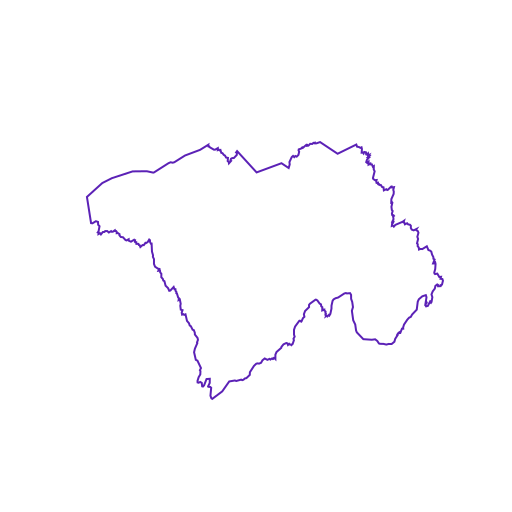 Svalbarðshreppur, Norðurland eystra, Iceland, rotated 119°
{"feature_id": "244011B84342259441214", "entity_name": "Svalbarðshreppur", "entity_type": "district", "adm_level": 2, "iso_a3": "ISL", "parent_name": "Iceland", "parent_adm1": "Norðurland eystra", "projection": "natural_earth1", "projection_center": [-15.752, 66.091], "detail": "fine", "context": "isolated", "style": "outline", "palette": "violet", "viewbox_px": 512, "rotation_deg": 119, "n_neighbors": 0, "source": "geoboundaries", "source_scale": "gbopen_adm2", "svg_char_len": 6102}
<svg xmlns="http://www.w3.org/2000/svg" viewBox="0 0 512 512"><g transform="rotate(119 256 256)"><path d="M286.3,432.5L307.2,416.2L306.7,414.9L303.2,412.9L302.8,410.7L305.2,409.2L305.8,407.3L310.6,405.7L312.0,405.8L311.8,405.0L313.2,404.4L311.7,403.4L312.3,402.1L309.3,401.6L308.4,400.2L307.3,400.0L306.3,398.2L306.8,396.1L304.5,394.8L304.8,394.1L304.2,393.0L301.9,391.9L302.5,391.3L302.0,390.4L302.4,389.5L303.6,388.9L302.9,387.9L303.1,385.9L304.1,385.5L304.9,383.5L304.1,381.4L305.3,377.9L305.2,376.9L303.1,375.5L304.3,374.8L304.1,372.3L300.9,370.5L301.2,369.9L300.9,369.4L302.3,368.8L302.5,368.3L302.0,367.4L303.4,366.5L302.4,364.7L303.2,363.7L303.0,362.9L304.2,361.5L301.4,360.5L300.9,359.4L298.1,359.1L298.1,358.5L296.4,357.5L293.4,357.4L293.6,356.4L295.0,355.6L296.2,353.9L295.8,353.3L302.6,349.1L305.3,346.4L306.7,345.8L308.2,343.7L312.4,341.4L314.3,339.1L314.6,335.5L314.2,334.4L316.2,334.2L315.2,333.0L316.8,331.8L317.4,330.2L320.5,328.5L321.2,326.4L322.4,325.2L322.4,323.9L325.8,320.7L326.7,317.4L328.5,315.0L327.8,314.2L323.0,313.0L324.6,311.2L324.1,310.4L325.7,309.2L326.1,308.1L327.2,307.6L327.2,306.9L330.0,304.0L330.3,302.9L332.1,302.3L331.0,301.5L334.3,298.7L336.2,298.1L339.4,295.8L339.0,294.0L341.6,293.5L343.1,292.2L342.1,291.4L342.3,290.3L341.2,289.4L346.2,284.9L347.3,282.0L348.9,280.3L349.0,278.9L351.2,275.7L351.0,274.4L352.8,272.3L354.3,271.4L356.0,267.4L357.5,266.1L360.2,265.7L360.6,265.1L366.7,264.5L370.2,263.5L376.0,258.3L375.9,256.5L380.7,249.8L383.1,249.7L383.6,248.8L386.6,247.3L389.8,247.4L393.6,246.6L394.9,245.8L394.7,244.8L393.2,243.7L393.3,241.9L396.1,239.9L395.9,239.1L394.3,238.7L387.6,239.6L385.8,236.9L389.5,234.9L393.3,234.7L393.5,234.3L392.7,232.5L393.0,231.3L400.3,228.1L402.1,226.0L402.2,225.0L390.8,219.9L378.7,218.6L375.1,214.1L374.9,212.7L371.3,209.0L371.3,207.9L370.3,207.0L368.4,206.3L367.5,205.2L363.0,203.8L360.6,205.0L353.1,204.5L350.2,203.6L349.3,202.8L348.6,201.1L346.9,199.8L344.1,199.8L341.4,198.7L341.3,195.7L339.4,194.3L339.6,193.2L338.1,192.5L338.0,191.5L337.1,191.4L337.3,190.9L336.3,190.5L336.7,189.1L332.9,191.2L330.0,191.5L324.1,189.4L323.1,189.7L319.9,189.1L317.4,187.3L317.2,186.2L318.3,184.9L316.7,184.4L317.0,183.2L316.3,182.2L316.6,181.8L315.2,181.3L311.3,182.0L310.2,183.1L307.8,183.1L306.4,184.6L302.1,187.0L298.7,187.6L291.7,186.7L291.3,186.3L291.5,184.6L291.2,184.5L287.6,184.8L285.7,184.2L283.7,185.9L280.3,186.4L275.0,184.8L273.1,185.9L271.6,185.7L265.6,182.9L265.1,182.5L265.1,180.8L266.8,177.2L266.8,175.7L268.4,174.5L268.6,173.2L271.1,171.9L270.4,171.6L270.9,171.1L269.8,170.2L270.4,169.8L270.9,168.2L272.1,167.8L272.4,167.0L273.8,166.8L273.9,165.7L274.6,165.6L274.0,165.3L274.3,164.3L272.2,163.7L272.5,163.0L270.6,162.9L265.4,164.5L262.8,165.9L258.0,167.3L256.3,167.1L254.3,165.9L252.6,164.1L246.0,160.6L244.8,159.4L244.7,158.4L242.9,155.7L243.9,154.0L247.4,152.0L249.5,149.6L253.7,146.4L257.4,145.6L265.1,139.8L267.8,136.0L272.6,132.4L273.9,130.8L276.7,121.8L273.1,114.1L271.1,111.4L271.5,108.7L272.9,106.1L272.7,105.0L271.1,102.0L270.3,99.1L268.6,97.3L267.2,94.7L263.9,93.4L260.9,94.1L256.6,93.8L256.6,94.3L254.9,94.3L253.5,93.8L254.0,93.3L253.4,92.5L248.8,93.1L248.2,92.0L247.1,92.7L244.2,93.3L238.3,92.8L235.7,92.2L234.2,91.1L231.5,91.1L225.0,89.4L217.5,92.4L214.9,92.6L210.6,91.0L207.9,88.5L209.4,86.9L214.6,85.0L213.5,84.8L214.1,84.0L215.7,84.3L217.1,83.6L217.6,82.8L216.3,81.5L210.2,81.7L212.1,80.7L212.2,80.3L211.1,80.2L206.5,81.8L204.5,83.9L201.2,84.3L197.8,83.8L195.2,84.6L193.0,83.7L193.0,82.9L194.2,82.1L192.9,80.0L192.2,80.3L192.2,79.9L190.7,79.5L187.0,80.5L185.8,81.8L186.5,83.6L184.5,84.1L185.5,85.5L183.5,88.9L185.0,90.6L184.8,91.4L184.0,92.1L180.6,92.9L175.9,95.1L174.8,96.1L176.2,96.6L176.7,97.5L172.5,98.1L172.4,99.5L171.0,100.3L169.4,102.7L167.2,104.8L166.9,106.3L167.2,108.1L164.7,111.3L169.3,113.9L170.1,115.6L171.3,116.6L169.7,117.7L169.0,119.4L167.3,120.2L166.9,121.3L162.5,122.5L161.0,124.2L156.9,125.2L155.8,126.5L155.7,128.8L154.5,128.7L157.1,130.5L157.4,132.6L156.4,134.2L154.5,135.2L154.0,136.4L154.6,138.3L154.1,139.7L156.1,141.1L155.0,142.3L155.1,143.2L153.4,143.6L154.9,144.3L161.2,149.2L163.5,149.7L163.0,151.2L163.8,151.8L161.3,152.8L160.5,152.2L159.4,152.4L159.9,153.4L157.1,153.6L155.0,155.2L154.0,154.8L153.7,155.5L154.4,156.1L154.2,156.7L153.0,157.7L150.4,158.3L149.9,159.5L147.3,161.4L143.2,162.6L143.0,163.1L143.7,163.6L140.6,165.2L135.0,165.7L132.9,166.7L131.6,168.0L128.9,168.7L130.1,170.2L129.4,171.0L129.7,171.4L134.3,172.8L134.7,173.2L134.4,174.4L136.6,176.0L134.1,177.8L134.5,179.2L133.4,181.2L133.9,182.0L133.5,182.9L134.0,183.2L134.0,184.0L132.7,184.9L133.6,186.0L132.4,187.1L131.1,187.4L132.0,188.7L131.8,190.7L131.2,191.5L124.4,193.3L123.2,195.0L120.3,196.5L121.3,197.0L119.7,199.1L120.4,200.3L119.7,200.8L121.5,201.9L118.9,203.3L120.7,203.9L120.5,205.1L118.1,205.6L116.4,205.2L116.0,206.1L115.4,205.6L115.8,205.3L115.0,204.9L115.0,205.5L113.8,205.3L114.1,205.7L113.1,205.8L113.7,206.1L112.7,206.4L113.1,206.9L112.5,207.1L113.1,207.1L112.6,207.4L114.4,207.6L113.2,207.9L112.8,209.3L111.5,209.4L112.7,209.6L112.0,210.1L112.5,211.7L114.2,211.6L113.7,212.7L114.4,213.7L111.1,215.2L109.8,216.4L110.8,217.1L110.8,218.9L111.4,220.6L109.9,222.3L127.0,234.2L125.3,255.2L128.1,257.7L128.8,258.8L128.3,259.4L129.2,259.9L129.2,260.6L130.8,261.2L131.6,263.0L134.1,263.7L134.9,264.8L134.0,265.3L134.2,265.8L138.8,267.5L138.6,268.2L140.3,268.7L142.0,270.3L143.0,270.0L143.9,268.8L147.0,267.9L149.4,268.6L149.5,270.1L151.0,270.5L150.5,272.1L152.2,272.7L157.6,272.3L159.6,270.9L163.2,270.1L162.5,278.7L182.6,296.0L173.4,323.4L175.0,323.6L175.0,322.7L177.0,321.8L181.1,322.9L181.8,324.2L183.1,325.0L184.8,324.7L184.9,323.9L188.0,324.6L187.0,325.4L186.7,326.8L183.8,328.1L184.4,329.9L183.2,331.8L183.2,333.2L182.3,335.2L182.6,336.4L180.5,338.5L181.3,339.2L181.0,340.1L181.9,340.8L180.2,341.7L182.8,343.3L183.4,344.4L183.3,349.3L182.8,350.0L183.3,350.7L182.9,351.4L181.9,351.7L190.3,356.4L202.5,366.8L213.6,372.9L214.8,374.1L215.4,376.1L217.2,377.5L232.3,385.7L232.9,386.3L234.8,392.6L241.8,404.9L257.7,419.7L266.7,425.8L286.3,432.5Z" fill="none" stroke="#5b21b6" stroke-width="2"/></g></svg>